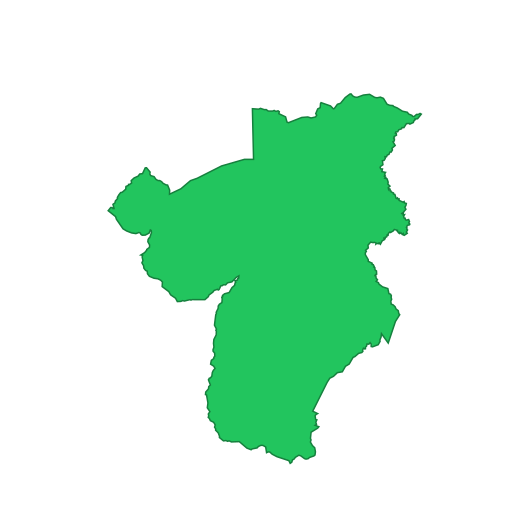 the district of Bibiani-anhwiaso-bekwai Municipal, Western, Ghana, rotated 197°
{"feature_id": "2480657B81329004729189", "entity_name": "Bibiani-anhwiaso-bekwai Municipal", "entity_type": "district", "adm_level": 2, "iso_a3": "GHA", "parent_name": "Ghana", "parent_adm1": "Western", "projection": "orthographic", "projection_center": [-2.296, 6.295], "detail": "fine", "context": "isolated", "style": "filled", "palette": "green", "viewbox_px": 512, "rotation_deg": 197, "n_neighbors": 0, "source": "geoboundaries", "source_scale": "gbopen_adm2", "svg_char_len": 6081}
<svg xmlns="http://www.w3.org/2000/svg" viewBox="0 0 512 512"><g transform="rotate(197 256 256)"><path d="M277.3,401.3L279.3,400.1L281.2,400.5L282.5,399.4L286.6,398.2L289.1,399.0L290.8,398.4L294.9,398.5L296.4,397.2L302.5,395.8L286.6,347.7L295.4,345.0L315.2,332.1L335.0,313.1L340.7,308.9L347.5,298.3L356.8,289.8L357.8,293.7L361.3,298.0L362.9,297.7L366.3,298.4L368.0,299.5L370.2,300.0L371.6,299.5L374.0,300.0L376.7,302.1L380.2,302.1L381.5,303.3L381.8,305.3L386.5,308.4L387.7,307.9L388.6,301.6L391.2,300.4L392.1,297.9L395.4,295.0L397.4,291.6L396.3,289.4L397.7,287.6L398.8,287.2L398.6,286.3L400.7,284.5L400.1,281.8L402.6,277.8L404.0,277.1L405.0,274.5L405.7,271.5L405.2,270.4L406.6,267.5L406.4,265.5L407.9,263.6L405.6,259.9L406.6,259.5L407.7,260.2L409.1,259.9L410.6,256.1L401.8,252.6L400.2,250.3L391.1,243.1L387.0,242.1L381.7,241.7L377.4,242.3L374.9,244.2L373.4,244.2L372.3,243.0L370.9,242.6L368.0,243.6L364.9,246.7L364.7,250.0L363.7,249.8L362.8,247.9L363.0,242.4L363.6,241.9L364.0,240.2L363.6,238.0L361.0,235.5L360.4,233.1L362.4,230.3L362.2,229.7L363.5,226.7L366.4,223.3L364.6,223.5L364.6,221.8L362.8,218.6L363.1,216.1L360.7,213.9L359.6,211.5L357.3,209.9L355.6,209.7L354.6,207.3L352.0,205.4L347.1,204.9L343.1,205.5L340.1,205.0L337.9,203.8L336.8,199.3L328.9,196.4L326.3,193.9L320.6,192.1L317.9,189.4L314.6,190.6L313.1,191.9L311.3,192.0L306.3,195.0L305.3,194.8L304.4,195.6L292.1,199.3L289.7,203.2L289.6,204.9L286.7,208.8L286.0,210.8L283.1,212.9L282.2,212.4L281.5,213.1L280.9,217.2L279.4,217.9L278.8,219.0L276.6,219.5L275.4,222.0L271.5,224.2L268.8,229.6L266.6,232.0L266.1,229.6L266.8,229.1L266.8,227.5L268.9,226.2L267.7,225.0L268.1,224.2L267.9,221.6L269.7,218.8L271.0,213.2L275.0,210.7L276.5,208.5L276.0,207.3L276.7,206.6L275.8,205.1L275.0,201.5L276.9,199.2L277.5,197.1L276.9,194.9L277.6,190.5L277.1,189.6L277.3,188.0L275.5,177.7L272.4,174.5L272.7,173.3L271.9,172.4L271.0,168.9L271.9,163.9L271.1,160.0L269.6,156.6L269.7,153.8L269.2,152.4L267.2,151.1L266.1,148.1L266.7,146.8L266.4,145.6L268.2,143.2L267.8,139.3L264.3,138.3L262.3,136.5L263.4,134.1L263.7,131.7L263.1,128.1L264.0,126.0L264.9,125.5L265.3,123.7L261.9,119.3L263.0,117.3L262.6,115.1L264.3,111.2L263.8,108.7L262.7,108.7L259.0,101.4L258.2,96.6L254.6,93.7L255.4,91.0L254.5,89.3L254.5,87.7L253.1,87.0L251.5,85.2L247.9,84.6L245.6,82.5L245.6,80.2L244.0,78.9L243.7,77.6L240.5,75.9L238.3,73.1L237.9,71.7L233.1,69.7L230.8,70.7L228.9,70.5L227.7,71.4L225.2,71.0L217.7,73.6L208.5,69.6L204.0,69.3L203.3,70.4L198.8,72.8L198.0,74.6L195.9,76.4L194.0,76.9L190.9,76.2L188.4,71.0L187.1,72.2L185.5,72.6L182.6,71.2L177.3,70.2L164.7,69.9L162.7,67.7L161.5,69.2L161.5,71.8L160.4,72.6L159.4,75.1L156.8,78.0L154.8,78.0L150.3,76.4L148.8,76.4L146.9,77.4L145.9,79.0L142.2,81.7L141.4,82.9L141.9,86.1L143.8,89.8L146.6,91.2L149.6,94.0L149.6,96.2L150.6,97.5L151.8,103.6L146.7,109.4L146.0,111.1L150.0,111.4L148.9,112.7L150.2,114.5L149.9,117.1L151.1,117.0L152.8,120.5L152.2,122.1L151.0,123.3L156.4,124.2L151.0,156.1L149.7,160.7L146.7,163.6L144.1,168.2L139.6,170.5L138.2,176.7L135.3,179.9L133.5,187.5L132.1,188.6L129.4,192.9L126.6,194.6L125.9,196.0L126.5,197.0L126.3,199.2L124.7,198.9L124.2,199.3L124.7,200.8L123.9,202.2L124.2,204.2L122.3,204.7L121.6,206.5L120.1,205.4L119.4,203.1L118.0,203.2L113.2,206.9L112.4,210.6L113.0,211.9L112.7,215.1L113.3,218.4L104.1,211.4L103.5,234.2L101.4,241.9L102.6,242.7L104.0,245.3L106.6,246.3L108.2,248.2L110.7,249.4L112.6,249.5L113.9,252.3L113.6,254.2L114.8,256.2L114.9,257.5L116.1,258.8L117.9,258.9L120.4,263.4L126.0,263.5L130.2,265.1L131.1,266.3L133.7,266.8L132.9,268.8L134.7,270.0L135.6,272.1L136.5,272.0L136.2,273.3L135.3,273.9L136.4,276.9L138.1,277.5L139.0,279.7L140.1,279.9L139.9,280.5L141.3,282.0L142.5,281.9L142.9,283.1L147.1,283.7L147.6,285.3L151.8,289.2L152.4,291.1L151.8,292.6L152.9,293.5L151.0,296.5L152.1,299.1L150.4,302.8L147.9,303.0L146.8,303.7L144.9,303.5L144.8,302.5L144.2,303.3L142.4,303.6L142.6,304.1L142.0,304.6L140.5,303.6L139.7,307.5L138.1,309.1L138.8,310.4L137.6,310.4L137.9,311.7L136.7,312.4L136.7,313.5L135.9,314.2L136.6,314.6L135.9,315.3L136.0,316.4L135.0,318.1L134.2,317.8L132.0,320.2L131.5,321.8L128.3,321.9L128.5,321.3L126.9,320.2L125.9,320.5L126.1,319.7L125.1,319.4L124.1,320.5L122.5,319.4L121.8,320.4L121.4,319.3L120.3,319.1L118.0,321.9L119.2,322.9L118.7,325.2L119.7,325.6L119.8,327.0L120.5,327.3L120.2,329.6L118.3,330.7L118.2,331.5L119.6,332.4L119.3,333.8L120.7,335.5L122.5,334.3L123.5,334.4L124.6,335.8L125.2,335.4L125.8,336.0L126.4,337.3L126.2,338.3L127.2,337.3L126.6,338.9L129.0,339.2L128.6,340.0L127.6,340.2L127.7,341.4L126.3,344.5L127.9,346.2L127.4,348.0L127.6,350.2L129.6,350.2L130.3,351.4L131.1,350.5L135.4,351.0L135.9,352.4L136.4,352.0L137.7,352.9L138.0,352.1L138.9,352.2L141.2,355.5L142.7,355.5L143.0,356.5L145.5,356.8L145.9,357.6L146.9,357.6L147.3,359.1L148.7,359.3L148.8,358.7L149.5,360.0L148.3,362.0L150.9,363.3L151.2,365.3L153.2,368.1L155.5,368.0L154.9,369.2L156.4,369.6L156.0,370.6L156.7,370.9L156.6,372.4L157.2,373.2L156.8,373.8L160.3,373.5L160.5,376.2L162.2,375.8L163.2,376.9L163.1,378.1L161.3,380.4L163.0,384.1L161.5,384.9L161.2,385.8L160.9,387.1L161.7,388.7L160.2,389.0L160.0,390.9L158.6,392.0L158.3,394.6L157.1,394.9L156.5,397.3L157.5,398.7L155.2,402.4L158.4,405.3L157.6,406.1L157.5,407.6L158.6,408.6L158.2,409.3L158.8,409.7L158.8,410.7L157.0,412.6L157.6,414.0L158.6,414.1L158.6,415.4L156.8,416.3L156.4,418.4L154.0,420.2L153.9,421.5L152.1,422.0L150.8,426.6L148.1,427.6L147.4,427.1L144.6,429.6L144.4,431.8L143.7,432.7L144.1,433.4L141.6,434.5L139.4,440.0L140.8,440.3L142.1,438.9L143.9,438.3L145.6,435.6L147.0,435.3L148.1,436.1L151.5,436.4L153.3,437.7L158.3,437.3L164.2,438.9L168.3,439.3L169.0,439.9L172.3,439.2L175.1,439.5L180.2,444.0L183.5,444.3L186.5,442.7L188.8,442.4L194.7,443.8L200.4,441.3L205.7,437.3L208.1,436.9L210.4,437.4L212.4,438.8L213.5,438.4L217.0,433.6L219.8,426.8L222.5,424.9L224.2,420.0L225.1,419.4L228.6,421.3L238.6,421.7L238.9,420.8L238.0,416.6L240.0,414.7L240.5,409.6L239.1,408.4L239.7,406.4L243.7,404.1L247.1,404.1L252.7,401.9L263.9,393.0L265.5,393.1L268.4,397.7L275.8,398.8L275.9,400.8L277.3,401.3Z" fill="#22c55e" stroke="#15803d" stroke-width="1.5"/></g></svg>